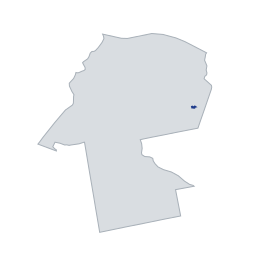 location of Petatán, Huehuetenango, Guatemala, rotated 169°
{"feature_id": "79465075B18515174231727", "entity_name": "Petatán", "entity_type": "district", "adm_level": 2, "iso_a3": "GTM", "parent_name": "Guatemala", "parent_adm1": "Huehuetenango", "projection": "orthographic", "projection_center": [-91.731, 15.614], "detail": "fine", "context": "in_parent", "style": "filled", "palette": "blue", "viewbox_px": 256, "rotation_deg": 169, "n_neighbors": 0, "source": "geoboundaries", "source_scale": "gbopen_adm2", "svg_char_len": 1943}
<svg xmlns="http://www.w3.org/2000/svg" viewBox="0 0 256 256"><g transform="rotate(169 128 128)"><path d="M36.5,186.8L37.7,185.6L38.7,182.8L39.9,179.9L39.2,176.6L38.7,173.9L40.2,170.0L40.0,167.0L40.7,165.2L42.8,164.0L43.9,161.8L38.0,154.0L38.0,152.2L38.8,150.1L43.6,141.8L49.3,131.9L55.6,121.1L59.4,114.5L73.2,114.5L82.3,114.5L93.9,114.4L106.5,114.4L114.8,114.3L118.2,114.2L117.6,110.0L118.0,105.3L119.5,101.0L119.4,99.1L117.0,96.8L112.2,95.5L109.5,93.5L109.5,90.9L108.3,87.8L106.0,84.1L101.2,80.4L93.9,76.6L87.7,71.5L82.6,65.0L78.3,60.9L75.0,59.2L74.2,58.2L83.9,58.3L93.1,58.4L93.1,49.1L93.1,40.9L93.1,31.6L109.7,31.6L129.5,31.4L150.1,31.3L166.2,31.1L175.7,31.0L175.4,42.6L175.1,55.9L174.8,65.7L174.5,78.8L174.2,92.2L173.7,110.4L173.4,122.2L173.6,122.5L179.0,121.8L187.1,122.2L189.1,122.2L191.5,123.2L193.4,123.4L197.6,126.0L202.4,128.0L205.4,123.9L203.8,121.5L202.5,120.2L202.7,119.1L219.5,129.4L217.6,131.0L213.4,134.9L205.8,141.4L199.0,147.2L192.4,152.5L186.5,157.2L185.8,157.7L178.2,161.1L176.9,162.7L175.4,169.3L174.7,171.0L176.1,174.6L177.5,180.3L177.1,183.2L171.9,187.0L169.5,190.3L168.5,192.4L167.5,191.9L165.9,191.7L162.1,192.6L160.3,192.8L158.8,193.7L158.6,195.8L159.7,199.1L160.1,200.8L159.0,201.6L154.4,203.6L152.6,205.6L150.8,208.7L148.8,210.0L146.7,209.7L145.2,210.2L142.0,212.5L137.1,217.0L134.6,220.3L134.5,222.8L135.0,225.0L117.3,217.3L111.4,216.0L86.6,216.2L75.9,213.2L63.8,207.3L55.6,201.9L36.5,186.8Z" fill="#d9dde1" stroke="#a8b0b8" stroke-width="1"/><path d="M59.4,135.1L59.2,135.0L58.7,135.1L58.3,135.9L57.6,135.9L57.7,136.0L57.7,135.9L57.7,136.0L57.8,136.1L57.7,136.1L57.8,136.1L58.0,136.2L58.1,136.3L58.3,136.3L58.5,136.3L58.8,136.3L58.8,136.2L59.0,136.2L59.3,136.2L59.5,136.1L59.8,136.1L60.0,136.0L60.3,136.1L60.5,136.1L60.6,136.3L60.7,136.5L60.8,136.5L60.8,136.8L60.9,137.0L61.0,137.0L61.3,137.1L61.4,137.3L61.4,136.7L60.9,135.9L61.1,135.7L59.4,135.1Z" fill="#3b82f6" stroke="#1e3a8a" stroke-width="1.5"/></g></svg>